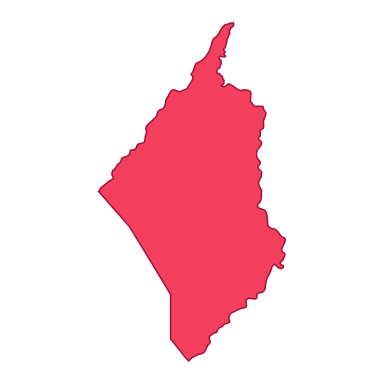 Tete Chemin/Millet, Anse-la-Raye, Saint Lucia (Robinson projection)
{"feature_id": "8701671B40430448784583", "entity_name": "Tete Chemin/Millet", "entity_type": "district", "adm_level": 2, "iso_a3": "LCA", "parent_name": "Saint Lucia", "parent_adm1": "Anse-la-Raye", "projection": "robinson", "projection_center": [-60.996, 13.893], "detail": "fine", "context": "isolated", "style": "filled", "palette": "rose", "viewbox_px": 384, "rotation_deg": 0, "n_neighbors": 0, "source": "geoboundaries", "source_scale": "gbopen_adm2", "svg_char_len": 5932}
<svg xmlns="http://www.w3.org/2000/svg" viewBox="0 0 384 384"><path d="M233.5,23.0L233.4,23.1L232.5,23.1L231.4,23.2L230.5,23.1L229.3,23.5L228.9,23.6L228.1,24.1L226.3,24.5L225.2,24.8L223.6,25.9L222.0,27.8L220.0,31.3L219.3,32.4L218.2,34.5L217.4,35.6L216.1,36.8L214.6,38.0L213.5,38.9L212.8,40.0L211.8,42.6L211.4,44.6L210.3,48.3L209.5,50.6L208.9,51.7L207.6,53.8L205.5,56.9L203.5,58.9L202.1,60.2L201.1,61.0L199.5,61.9L198.2,62.4L196.8,63.0L195.5,64.4L194.5,67.2L193.9,69.3L193.1,71.2L192.1,72.9L191.3,73.8L191.3,75.0L192.8,76.4L192.9,78.1L192.0,80.5L191.2,82.0L190.2,83.6L189.4,84.6L187.9,87.1L187.0,88.6L185.6,89.5L184.0,90.0L182.9,90.3L180.4,91.7L177.1,91.0L174.8,89.9L172.8,89.8L170.9,91.1L169.2,93.9L168.0,96.5L166.9,97.9L166.3,99.3L165.9,100.3L165.7,101.0L165.6,101.6L165.7,102.8L165.3,104.4L164.3,106.7L163.9,107.7L163.4,108.5L161.3,109.3L160.0,109.9L159.2,110.4L158.3,111.1L158.2,111.3L157.4,113.1L157.1,114.0L156.8,115.3L155.7,117.1L155.2,117.8L154.3,118.6L152.5,120.3L150.0,122.5L148.2,124.1L146.3,126.6L145.8,128.9L146.5,132.2L146.2,133.9L145.3,135.9L145.1,138.2L145.1,138.4L144.7,140.5L144.2,142.1L143.5,142.6L142.3,143.1L141.6,143.3L140.6,143.4L139.8,143.7L138.7,143.9L138.3,144.1L137.7,144.5L137.4,144.9L137.2,145.1L136.9,145.9L136.6,146.8L136.5,147.3L135.6,148.7L135.0,149.2L134.7,149.4L133.9,149.8L132.6,150.0L130.4,150.2L130.1,151.3L130.2,152.0L130.1,152.6L130.0,153.0L129.8,153.5L129.7,153.7L128.9,154.7L128.5,155.0L128.1,155.5L127.9,155.8L126.2,156.8L124.6,157.0L123.1,157.6L122.5,157.8L122.3,157.9L122.2,158.2L121.7,158.8L121.2,160.0L120.8,161.2L119.4,163.5L117.9,164.1L116.7,165.9L116.2,167.2L115.2,168.1L114.2,169.9L112.8,170.3L112.5,171.1L112.1,172.4L111.9,174.3L111.9,174.5L112.7,176.3L113.4,177.6L113.1,178.7L111.4,179.8L110.0,180.6L108.1,181.9L104.3,185.1L102.4,186.6L101.2,187.6L100.5,188.4L99.8,189.4L99.3,190.7L99.2,191.1L98.6,191.4L129.4,226.6L145.4,252.7L170.6,294.5L170.6,339.0L186.6,358.9L188.8,361.0L189.8,360.0L190.1,359.5L190.7,359.0L192.3,357.4L195.0,356.2L197.7,354.6L201.3,353.8L203.2,353.0L204.7,351.6L206.6,347.7L206.9,347.2L207.2,346.6L207.9,345.1L208.9,344.3L210.1,342.5L210.2,342.0L210.1,341.0L209.6,339.9L209.4,339.2L209.3,338.9L209.0,337.7L209.6,336.6L210.7,335.5L211.2,335.1L212.3,334.1L212.9,333.8L213.1,333.6L214.9,332.8L215.2,332.8L215.9,332.5L216.9,331.9L217.2,331.4L217.2,330.8L218.8,328.1L219.6,327.8L220.7,327.2L222.5,326.3L222.9,325.5L223.6,324.9L223.9,324.7L225.1,323.7L226.1,323.6L228.1,323.1L229.6,322.3L229.6,321.2L228.9,319.1L229.0,318.6L228.9,318.2L229.1,317.3L229.3,315.7L229.7,315.2L229.8,314.7L231.1,313.2L231.3,313.0L231.6,312.7L234.3,311.6L235.9,310.7L236.9,310.2L237.8,309.8L241.2,308.4L242.5,308.2L243.8,307.9L245.3,307.3L246.2,306.6L246.3,306.3L246.2,306.0L246.3,306.2L246.5,305.5L246.3,303.6L246.1,302.0L246.1,300.5L246.4,299.9L247.1,298.9L248.5,298.4L250.0,298.3L253.5,298.9L254.6,299.0L255.2,298.9L255.8,298.7L256.6,298.1L256.9,297.5L256.8,296.8L257.0,295.7L256.9,294.8L257.2,294.2L257.3,293.8L258.5,293.2L258.9,293.0L259.0,293.0L259.5,292.8L260.6,292.7L262.0,292.4L263.0,291.7L264.0,290.7L265.0,289.0L265.4,286.3L265.5,285.3L266.0,282.0L266.3,280.7L267.2,277.6L267.8,276.5L268.4,275.5L269.1,274.2L270.2,271.8L270.4,271.3L270.8,270.5L271.2,269.5L272.1,266.4L272.3,266.3L273.5,264.9L274.5,264.4L275.1,264.6L275.6,264.8L276.2,265.6L277.8,267.5L280.1,268.5L280.4,268.6L281.1,268.7L282.3,268.2L283.2,267.2L283.3,266.8L283.5,266.0L282.9,265.5L281.2,264.8L281.0,264.3L280.7,264.0L280.2,263.3L280.6,262.3L281.2,261.3L282.1,260.8L282.6,260.3L282.8,260.0L283.3,259.2L284.4,256.6L284.8,255.1L284.8,253.6L284.5,253.3L282.5,252.1L281.6,250.3L281.8,249.5L282.1,248.4L282.4,247.4L282.6,246.8L283.9,243.9L284.1,243.6L284.5,242.6L285.4,240.0L285.1,238.9L284.7,238.0L283.6,237.6L282.7,237.2L281.8,237.0L281.4,236.4L281.1,236.1L278.7,232.8L277.4,231.1L276.2,230.0L274.9,229.2L274.0,228.9L272.3,228.7L270.3,227.8L269.0,227.0L268.3,226.0L267.8,224.8L267.7,224.2L267.6,222.2L267.4,219.4L266.9,215.4L266.7,214.2L266.1,212.3L265.7,211.4L265.0,210.6L264.3,210.0L262.9,209.5L261.4,209.0L258.9,208.0L258.2,207.3L257.5,206.3L257.5,205.7L257.9,204.2L260.0,202.1L260.7,200.2L261.2,198.1L261.4,195.4L261.4,192.8L261.4,190.2L261.0,189.3L260.8,188.9L259.6,186.9L258.8,184.7L258.6,183.7L258.6,182.4L258.6,182.0L259.1,181.0L259.6,179.9L260.7,177.6L261.4,175.6L261.5,174.3L261.6,172.0L261.2,171.4L261.0,171.2L260.1,170.1L258.7,168.9L258.2,168.2L258.0,166.9L258.1,166.2L259.9,164.2L260.3,163.0L260.1,161.6L259.4,160.8L257.7,158.7L257.4,158.3L256.8,156.6L256.6,155.0L256.7,152.1L257.2,150.5L258.0,149.1L258.8,148.1L259.0,147.9L260.2,146.4L261.0,145.0L261.5,143.6L261.5,142.0L261.2,141.5L259.7,140.3L258.9,139.5L258.4,138.4L258.8,137.7L260.0,136.4L260.2,135.6L260.4,134.0L260.3,132.8L260.2,131.9L260.2,131.4L260.2,130.9L260.5,130.3L261.4,129.3L261.8,129.1L262.7,128.6L263.3,128.2L263.7,126.2L263.5,124.2L263.5,122.0L263.8,119.9L264.0,119.3L264.9,117.2L265.6,115.3L265.9,113.7L265.9,112.8L263.9,109.8L262.9,106.3L262.2,106.4L259.2,106.3L257.9,106.1L256.8,106.4L255.3,106.4L254.2,106.0L251.6,102.9L250.6,101.6L250.6,98.0L251.0,93.3L250.2,91.5L248.7,90.5L247.1,90.2L243.7,89.8L242.0,90.3L240.6,90.5L238.2,89.7L236.9,88.9L235.2,87.6L232.3,85.6L229.3,84.0L228.3,83.9L226.7,85.1L225.6,86.2L223.8,86.8L221.9,86.1L221.4,85.7L222.7,84.6L223.4,84.2L223.9,83.3L223.9,81.7L224.2,80.5L223.7,79.8L222.7,79.0L222.7,77.4L222.2,76.4L220.6,75.1L219.8,73.9L218.8,73.7L217.6,73.6L216.8,71.4L217.2,69.5L218.1,68.5L219.2,68.2L219.9,67.6L220.1,65.8L221.2,63.8L221.0,62.1L221.0,60.3L220.0,59.4L219.1,58.7L219.1,57.3L220.0,56.4L222.3,56.7L224.7,56.8L225.5,56.7L225.6,55.9L224.0,54.4L223.9,53.5L224.5,53.1L225.1,52.1L224.8,50.9L223.7,50.3L223.7,49.1L224.6,48.3L225.4,47.3L225.7,46.2L225.5,45.3L226.5,43.6L226.9,41.4L226.9,39.5L227.6,38.3L228.3,36.3L229.2,34.6L229.7,33.3L229.5,31.8L229.5,30.2L230.6,29.2L230.7,28.0L231.2,27.5L232.0,27.1L233.0,26.4L233.8,24.5L233.5,23.0Z" fill="#f43f5e" stroke="#9f1239" stroke-width="1.5"/></svg>